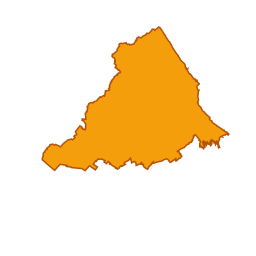 Waitomo District, Waikato, New Zealand (Robinson projection), rotated 142°
{"feature_id": "76426892B29950050378985", "entity_name": "Waitomo District", "entity_type": "district", "adm_level": 2, "iso_a3": "NZL", "parent_name": "New Zealand", "parent_adm1": "Waikato", "projection": "robinson", "projection_center": [174.849, -38.431], "detail": "fine", "context": "isolated", "style": "filled", "palette": "amber", "viewbox_px": 256, "rotation_deg": 142, "n_neighbors": 0, "source": "geoboundaries", "source_scale": "gbopen_adm2", "svg_char_len": 5673}
<svg xmlns="http://www.w3.org/2000/svg" viewBox="0 0 256 256"><g transform="rotate(142 128 128)"><path d="M81.0,71.7L82.4,69.9L81.9,70.1L81.6,69.7L82.2,68.9L81.8,68.7L82.3,67.8L82.2,67.6L81.7,67.7L81.3,67.2L81.4,66.5L81.0,66.2L81.3,65.8L81.2,65.2L80.7,65.7L79.9,65.5L79.3,66.1L79.2,66.7L78.8,66.0L78.5,66.8L78.5,67.6L78.8,67.8L78.6,68.3L78.8,68.6L77.8,71.1L77.3,70.7L76.5,71.2L76.3,70.8L77.5,69.6L77.7,67.9L76.6,68.3L75.8,69.4L75.3,68.5L76.7,67.0L77.0,66.1L75.1,66.9L74.6,67.8L74.1,68.0L74.5,66.3L74.4,65.6L73.8,65.3L73.7,63.1L72.5,63.7L71.8,63.8L72.5,64.5L72.5,66.4L71.9,66.6L71.8,65.9L71.3,66.5L71.4,65.8L72.0,65.7L71.4,65.3L70.1,66.4L70.4,65.5L69.8,65.1L69.5,65.2L69.4,66.0L69.1,66.6L68.9,66.5L69.0,65.1L68.5,65.2L68.4,64.3L68.9,64.1L68.7,63.6L69.2,63.4L68.7,62.8L68.9,62.4L68.5,62.3L69.2,61.0L68.5,61.3L67.7,63.2L67.3,62.9L66.3,63.2L66.2,62.8L67.0,62.8L67.2,62.2L66.5,61.5L65.5,61.7L66.5,60.7L67.1,61.3L67.5,61.2L67.7,58.5L68.1,57.9L68.6,57.6L68.4,57.2L68.6,56.7L68.0,56.9L67.7,56.5L66.8,59.4L65.3,61.6L62.9,62.5L62.9,62.9L61.6,64.1L59.7,63.9L59.2,63.1L59.2,63.6L58.5,63.6L56.8,63.3L55.7,62.6L55.2,62.9L54.3,62.8L53.8,62.1L53.3,60.8L52.8,61.2L52.4,61.1L52.4,62.5L52.8,63.3L52.6,63.8L53.6,65.3L53.5,65.8L53.9,66.5L53.6,66.9L54.0,67.1L56.4,74.6L56.8,74.8L56.7,75.9L58.1,80.3L57.6,82.0L58.1,82.7L58.4,84.5L58.1,85.2L57.5,85.2L56.9,86.2L57.4,87.3L58.0,91.0L58.2,92.0L57.9,93.1L58.6,95.0L58.4,98.2L57.9,98.9L58.1,101.3L58.4,101.9L57.8,104.0L57.2,104.5L57.4,105.6L55.8,106.1L55.2,106.6L53.6,109.9L52.7,110.6L52.3,111.5L51.4,111.9L50.9,112.7L49.6,113.7L48.8,114.0L49.6,114.7L49.0,116.8L48.3,118.1L47.8,118.6L44.5,118.8L44.9,118.9L44.6,119.1L45.1,121.7L44.6,122.4L44.9,122.4L44.7,122.8L45.4,122.7L45.7,123.0L45.5,123.5L44.9,123.7L44.7,124.8L45.4,124.9L45.6,126.3L45.9,126.3L45.6,132.0L46.1,132.2L46.3,133.2L45.7,137.0L44.7,137.7L45.3,137.7L45.5,138.1L45.1,137.9L45.0,138.2L45.3,140.8L44.5,141.7L43.9,143.4L44.8,149.0L44.2,151.6L44.3,154.0L43.9,154.1L43.9,154.8L44.0,156.6L43.3,165.0L42.9,165.8L42.2,170.4L42.5,170.8L42.1,176.3L41.6,178.7L41.7,179.5L41.1,184.9L41.3,185.6L40.9,186.6L41.5,188.7L46.7,188.4L46.5,189.4L47.9,190.9L48.5,190.6L49.2,190.7L50.0,190.0L53.6,189.8L54.6,191.0L56.1,190.4L56.3,190.8L57.3,190.6L60.1,191.3L60.5,190.9L62.2,191.1L63.3,192.5L64.1,192.9L64.0,193.2L64.5,193.0L65.4,193.4L66.2,193.0L66.5,192.2L67.3,191.7L68.5,191.6L68.4,192.1L69.6,191.3L71.2,191.0L71.8,190.4L73.5,191.6L74.1,191.5L75.0,192.6L75.5,192.5L75.6,193.4L76.0,193.8L77.0,194.0L77.1,195.1L77.5,195.8L77.2,196.2L77.6,196.2L77.7,196.7L80.3,197.9L81.5,199.2L83.6,199.5L84.4,197.5L85.5,197.7L87.2,197.1L88.1,196.7L89.3,195.4L92.5,195.4L93.4,195.1L94.6,195.7L95.2,195.6L95.5,195.3L95.5,194.9L96.4,194.4L96.4,192.6L95.6,192.1L95.9,190.3L97.5,188.7L97.0,188.4L97.2,188.1L99.2,187.1L98.7,185.3L99.0,184.9L99.1,184.3L99.7,183.8L100.7,183.8L100.9,183.3L100.4,182.5L100.5,181.9L99.9,181.4L100.1,179.5L99.2,178.8L99.5,178.4L99.3,177.2L99.7,176.6L100.4,176.4L101.5,177.2L102.2,177.2L102.9,176.8L103.5,177.0L103.8,176.1L104.7,176.8L106.1,176.6L107.1,177.0L107.5,176.4L110.0,175.7L110.8,175.6L111.3,175.2L111.6,175.5L112.1,174.8L112.6,175.0L113.9,174.6L113.8,173.9L115.8,173.4L116.3,172.7L117.0,172.4L116.9,171.6L119.0,171.0L118.9,169.4L119.8,169.4L122.0,170.6L122.2,171.0L123.0,171.1L122.9,170.5L123.9,170.2L124.1,169.7L125.5,168.9L125.7,168.3L127.0,167.7L127.5,168.7L130.3,168.6L130.6,169.6L131.2,169.8L131.5,169.5L134.2,169.3L135.6,168.8L136.7,168.9L138.6,169.6L140.4,169.3L140.7,170.2L141.7,170.9L143.5,171.4L146.6,169.8L147.2,169.9L147.5,168.4L148.2,168.2L149.6,166.4L150.2,166.1L150.6,166.6L150.9,165.9L151.9,165.7L152.5,166.0L155.9,160.7L158.4,163.3L159.5,162.2L158.6,160.8L158.9,157.2L161.5,154.0L162.6,153.0L162.9,153.7L163.4,153.6L163.5,154.1L164.3,154.7L163.9,155.5L164.6,156.3L164.5,156.8L163.8,157.0L164.5,159.3L171.7,157.5L172.4,154.4L173.8,154.5L174.2,154.9L175.7,154.8L175.7,153.0L179.1,152.9L179.3,154.1L183.4,155.8L184.3,155.4L187.9,155.6L192.7,154.7L195.1,159.6L196.2,159.6L197.2,160.9L197.0,161.3L197.5,161.8L198.3,161.9L198.9,162.6L199.7,162.8L200.4,162.6L201.2,161.8L202.8,162.2L204.2,162.0L204.5,161.9L204.6,161.1L205.9,161.4L207.5,161.1L208.3,160.2L208.8,160.6L210.6,160.1L211.8,158.4L212.4,158.1L212.7,157.4L214.2,157.0L215.1,155.4L214.6,154.4L214.7,153.0L214.1,151.7L214.2,150.9L211.9,139.8L203.9,141.2L199.2,136.2L200.2,135.7L196.7,132.0L196.8,131.5L189.3,124.4L188.1,120.8L181.6,122.0L179.5,115.1L176.1,116.1L177.6,120.9L173.8,122.0L173.5,121.2L170.8,122.1L170.2,121.2L168.4,120.2L167.9,119.5L167.4,119.3L167.1,117.9L166.2,116.8L166.1,116.4L167.8,115.9L166.9,113.1L164.2,113.9L164.2,112.4L163.8,111.8L164.3,111.4L163.9,111.0L164.6,110.7L163.8,109.9L163.7,108.9L162.8,106.1L162.3,105.6L162.6,104.1L161.6,103.8L161.8,102.1L159.2,101.9L157.5,102.7L156.5,102.4L156.5,101.5L152.4,101.0L152.8,102.7L151.3,102.9L147.3,102.1L144.7,102.8L144.8,102.0L146.6,98.3L143.5,97.7L143.3,95.7L144.6,93.4L140.6,92.3L140.5,91.8L140.0,91.6L139.6,91.6L139.1,92.5L138.5,92.6L138.5,92.3L139.5,91.0L138.2,89.7L139.2,89.1L139.3,87.4L138.8,85.0L137.9,83.4L135.1,84.7L132.7,84.7L131.2,85.0L131.3,85.6L128.8,85.7L129.6,84.6L129.5,84.4L126.3,83.4L121.5,81.1L119.9,81.0L116.8,80.1L116.0,78.8L116.0,75.1L115.7,75.1L115.4,74.6L109.2,74.5L109.4,74.0L110.6,73.1L110.7,72.7L110.3,72.3L106.2,72.6L105.9,72.2L105.0,72.1L104.6,72.5L103.1,72.5L102.7,73.8L103.5,75.0L102.5,75.4L102.9,76.3L102.4,78.0L103.4,78.6L103.6,79.1L103.4,79.3L99.0,79.0L98.3,78.6L96.8,78.5L95.7,77.9L93.2,78.5L90.8,78.4L90.1,77.9L89.4,78.4L88.6,78.2L88.4,78.6L87.3,78.2L86.9,77.7L84.4,78.7L84.6,79.2L81.3,80.6L81.5,81.4L79.0,81.4L78.9,74.4L79.6,74.5L79.2,73.3L79.7,72.2L81.0,71.7Z" fill="#f59e0b" stroke="#b45309" stroke-width="1.5"/></g></svg>